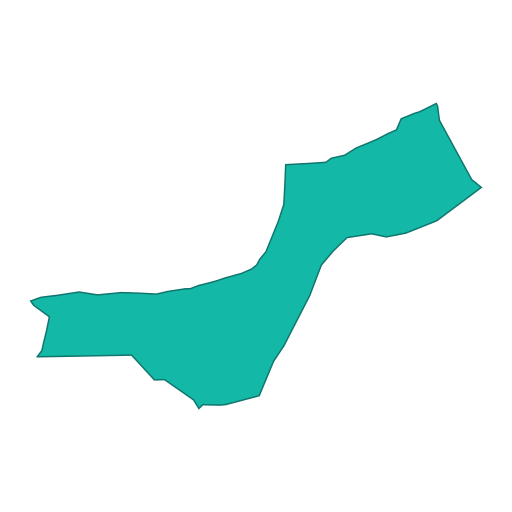 the district of Tulus, Southern Darfur, Sudan
{"feature_id": "16777658B64128341044045", "entity_name": "Tulus", "entity_type": "district", "adm_level": 2, "iso_a3": "SDN", "parent_name": "Sudan", "parent_adm1": "Southern Darfur", "projection": "albers", "projection_center": [24.908, 11.261], "detail": "fine", "context": "isolated", "style": "filled", "palette": "teal", "viewbox_px": 512, "rotation_deg": 0, "n_neighbors": 0, "source": "geoboundaries", "source_scale": "gbopen_adm2", "svg_char_len": 1040}
<svg xmlns="http://www.w3.org/2000/svg" viewBox="0 0 512 512"><path d="M47.4,296.5L40.7,297.4L30.7,301.0L33.7,305.3L42.3,311.6L49.4,316.8L47.9,324.1L46.6,330.5L43.7,342.4L41.9,350.6L37.2,356.7L37.3,356.8L131.6,355.1L154.4,379.9L164.5,379.6L193.6,399.9L198.9,408.5L202.9,404.7L220.5,405.1L224.1,404.7L226.0,404.5L259.2,395.7L273.6,361.2L284.0,345.6L303.1,308.4L309.7,295.6L321.3,265.1L333.5,250.7L347.0,237.6L371.5,233.8L386.2,236.9L405.8,233.1L437.0,220.6L445.2,214.4L463.3,200.9L481.3,187.4L471.7,179.6L442.6,126.2L439.4,120.3L438.2,111.1L437.6,106.3L436.3,103.5L419.5,111.8L414.6,113.3L404.8,117.3L401.2,118.8L396.4,129.9L388.4,133.4L376.4,139.6L356.2,148.0L344.5,155.3L331.4,158.2L325.9,162.3L308.3,163.5L285.7,164.7L284.9,184.4L283.8,204.5L278.3,221.4L266.0,251.7L259.8,259.2L256.7,265.0L251.4,269.1L241.6,273.4L225.3,277.9L216.1,281.0L212.1,282.1L198.7,285.5L190.4,288.7L185.3,288.8L167.6,291.5L156.5,294.1L139.3,293.2L121.4,292.6L97.6,294.9L79.1,292.0L57.0,295.4L47.4,296.5Z" fill="#14b8a6" stroke="#0f766e" stroke-width="1.5"/></svg>